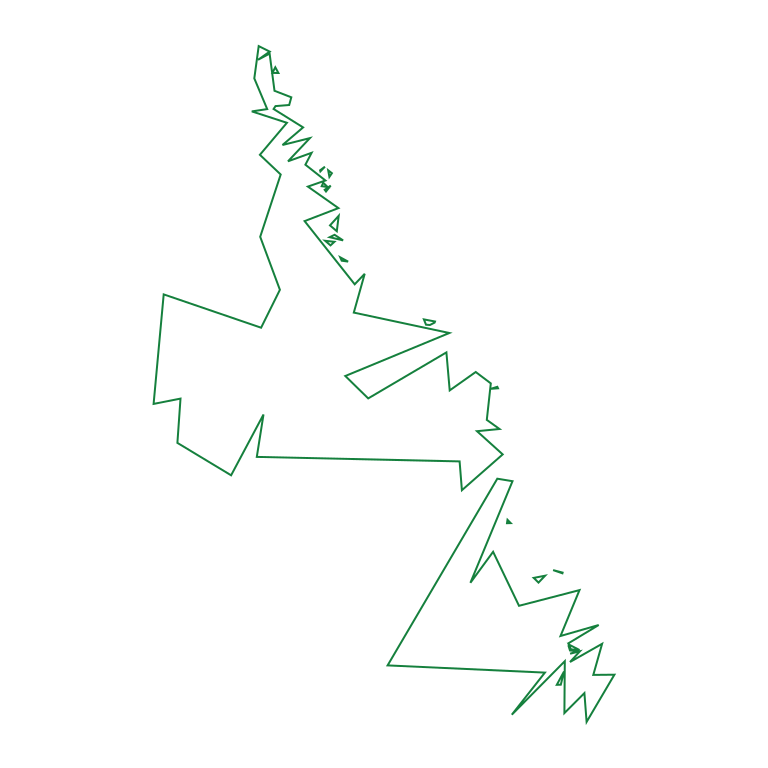 SVG path tracing the border of Newfoundland and Labrador
{"feature_id": "CAN-686", "entity_name": "Newfoundland and Labrador", "entity_type": "Province", "adm_level": 1, "iso_a3": "CAN", "parent_name": "Canada", "parent_adm1": "", "projection": "orthographic", "projection_center": [-58.847, 53.496], "detail": "medium", "context": "isolated", "style": "outline", "palette": "green", "viewbox_px": 768, "rotation_deg": 0, "n_neighbors": 0, "source": "natural_earth", "source_scale": "10m", "svg_char_len": 1860}
<svg xmlns="http://www.w3.org/2000/svg" viewBox="0 0 768 768"><path d="M258.7,46.1L269.7,51.6L258.0,59.8L269.6,53.6L274.5,90.8L291.3,97.3L289.2,105.0L275.5,106.1L273.6,109.0L303.1,127.4L282.5,145.0L309.9,138.1L288.0,161.3L311.6,152.8L305.4,164.7L325.4,180.5L307.9,186.6L338.4,208.1L304.6,221.1L354.7,284.3L364.7,273.8L353.8,312.6L449.3,333.0L345.3,376.0L368.2,398.4L446.4,352.4L449.7,390.4L475.7,372.0L490.8,383.4L486.8,419.9L499.5,429.0L477.0,431.2L502.7,454.4L461.9,490.2L459.6,461.4L256.8,456.9L263.5,414.5L231.1,475.3L177.4,442.9L180.5,398.6L153.6,403.9L163.7,294.4L261.1,327.7L279.9,289.8L260.2,236.8L280.7,174.5L259.9,154.8L286.9,122.8L251.8,111.4L267.2,109.1L254.3,78.4L258.7,46.1ZM614.4,674.7L586.6,721.9L584.4,693.1L564.4,713.1L564.8,661.2L511.8,714.7L544.9,672.6L387.6,665.4L497.3,478.7L512.5,481.2L470.4,582.8L493.1,551.8L519.0,605.8L579.5,590.1L560.5,636.0L598.7,625.0L568.9,643.0L568.6,646.1L570.0,650.5L578.1,651.1L570.1,653.7L579.9,651.3L570.0,662.0L602.1,643.8L593.3,674.9L614.4,674.7ZM330.0,225.4L338.7,215.8L336.8,231.2L330.0,225.4ZM423.9,319.4L435.0,321.5L434.6,322.6L429.9,325.0L426.0,324.7L423.9,319.4ZM562.4,573.3L553.1,570.1L562.6,572.6L562.4,573.3ZM568.8,644.5L579.5,650.0L571.0,649.4L568.8,644.5ZM340.2,257.3L348.1,261.6L341.7,260.7L340.2,257.3ZM334.6,234.8L343.1,240.4L329.7,237.2L334.6,234.8ZM538.5,582.6L533.7,577.9L545.1,575.7L538.5,582.6ZM323.2,182.7L327.6,187.0L321.7,186.2L323.2,182.7ZM334.4,241.8L330.5,245.4L325.2,240.8L334.4,241.8ZM275.3,67.3L278.4,73.0L272.4,72.9L275.3,67.3ZM330.7,185.6L326.0,191.5L324.7,189.8L330.7,185.6ZM324.9,166.7L320.4,171.4L320.1,170.3L324.9,166.7ZM329.4,176.9L328.2,170.3L331.9,173.2L329.4,176.9ZM564.0,671.5L560.8,684.7L556.8,684.8L564.0,671.5ZM490.9,388.8L497.3,386.8L498.0,388.3L490.9,388.8ZM507.5,519.8L510.7,523.1L507.0,523.2L507.5,519.8Z" fill="none" stroke="#15803d" stroke-width="2"/></svg>